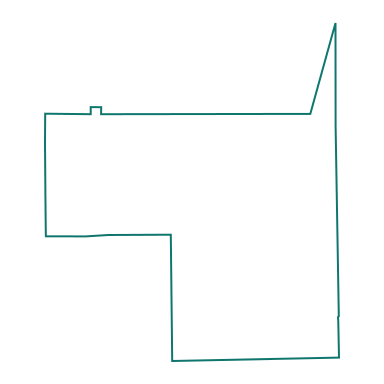 the district of Hendry, Florida, United States of America
{"feature_id": "52423323B13528942112308", "entity_name": "Hendry", "entity_type": "district", "adm_level": 2, "iso_a3": "USA", "parent_name": "United States of America", "parent_adm1": "Florida", "projection": "albers", "projection_center": [-81.278, 26.606], "detail": "fine", "context": "isolated", "style": "outline", "palette": "teal", "viewbox_px": 384, "rotation_deg": 0, "n_neighbors": 0, "source": "geoboundaries", "source_scale": "gbopen_adm2", "svg_char_len": 369}
<svg xmlns="http://www.w3.org/2000/svg" viewBox="0 0 384 384"><path d="M45.2,113.7L45.0,142.4L45.4,194.7L45.8,233.9L45.9,236.3L85.8,236.4L108.3,235.0L170.8,234.7L172.2,361.0L339.0,357.6L338.3,322.1L338.0,317.1L338.8,316.2L335.6,126.0L335.5,23.0L310.3,113.9L101.1,114.2L101.2,107.2L90.7,107.1L90.7,114.2L45.2,113.7Z" fill="none" stroke="#0f766e" stroke-width="2"/></svg>